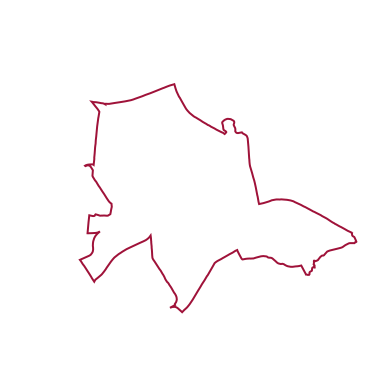 the district of Kota Jakarta Pusat, Jakarta Raya, Indonesia, rotated 246°
{"feature_id": "22746128B21128962092426", "entity_name": "Kota Jakarta Pusat", "entity_type": "district", "adm_level": 2, "iso_a3": "IDN", "parent_name": "Indonesia", "parent_adm1": "Jakarta Raya", "projection": "mercator", "projection_center": [106.829, -6.182], "detail": "fine", "context": "isolated", "style": "outline", "palette": "rose", "viewbox_px": 384, "rotation_deg": 246, "n_neighbors": 0, "source": "geoboundaries", "source_scale": "gbopen_adm2", "svg_char_len": 5929}
<svg xmlns="http://www.w3.org/2000/svg" viewBox="0 0 384 384"><g transform="rotate(246 192 192)"><path d="M70.3,262.5L70.0,263.1L69.2,264.0L68.7,265.2L69.0,265.8L69.4,266.1L70.2,266.3L70.6,266.6L70.9,266.9L71.1,267.5L71.2,268.1L71.2,269.2L71.5,269.6L71.9,269.9L72.2,270.0L72.6,270.2L73.7,271.0L73.9,271.3L74.0,272.6L73.8,272.7L73.2,273.1L73.1,273.3L73.4,273.5L73.8,273.3L74.2,273.3L74.6,273.4L74.7,273.7L74.8,274.0L75.2,274.1L75.9,273.9L76.4,273.7L77.5,274.5L77.9,274.7L79.2,275.2L79.6,275.5L79.5,275.8L79.3,276.1L78.7,276.3L78.6,276.5L78.6,276.8L78.5,278.5L78.6,279.4L79.0,280.0L80.5,282.9L80.8,284.0L81.0,285.0L80.9,285.3L80.7,285.7L80.5,286.3L80.6,287.0L81.0,287.7L82.4,290.8L82.6,291.2L82.6,292.0L82.5,294.0L81.1,301.7L80.5,305.3L80.4,307.0L81.1,310.5L81.3,314.4L81.1,315.3L79.2,319.6L79.3,319.9L79.7,320.5L79.5,321.4L79.7,321.9L81.2,322.0L83.0,322.0L84.4,322.0L84.9,321.9L86.4,320.9L86.7,320.8L87.0,320.7L87.6,320.8L88.9,321.2L89.2,321.4L89.3,321.2L89.8,321.1L90.1,321.2L91.0,320.4L93.3,318.4L96.2,316.3L99.5,313.8L100.4,313.0L101.7,312.0L103.8,310.5L104.4,309.9L105.6,309.2L106.7,308.3L107.7,307.6L109.1,306.7L112.5,304.6L114.0,303.5L115.0,302.7L117.2,301.0L118.5,300.2L123.0,296.5L123.8,295.9L125.2,294.6L126.2,293.9L132.3,289.2L133.5,288.1L134.3,287.5L135.9,286.3L141.0,281.8L141.7,281.3L142.4,280.7L144.2,278.6L145.9,276.1L146.5,275.1L149.0,270.5L149.4,269.2L150.7,266.5L151.1,265.2L151.8,262.3L152.0,261.4L152.0,260.1L152.1,258.2L152.8,252.7L153.7,248.4L156.0,248.8L161.1,250.1L162.4,250.3L170.5,252.2L174.9,253.1L177.1,253.5L180.5,253.9L184.8,254.6L191.8,255.5L193.5,255.9L195.1,256.4L197.4,257.2L197.5,257.3L199.7,258.0L210.5,262.0L218.1,264.6L218.6,264.7L219.4,264.8L220.0,264.8L221.0,264.8L221.7,264.5L222.4,264.1L223.6,263.2L223.9,263.0L224.8,262.3L225.9,261.8L226.2,261.8L226.3,261.5L226.5,260.6L227.1,258.0L227.6,257.1L228.1,256.7L228.6,256.4L229.7,256.2L230.0,256.3L231.4,257.0L232.6,257.4L233.3,257.4L235.9,257.3L236.6,257.5L238.0,258.7L238.9,259.1L239.6,259.1L240.1,259.0L242.8,257.0L244.1,254.8L244.5,253.9L244.6,252.0L244.5,250.9L244.2,249.8L243.7,248.5L243.4,248.0L242.9,247.7L242.5,247.6L240.7,247.4L239.8,247.2L236.9,246.3L236.3,246.2L235.6,246.3L233.9,247.4L233.2,247.7L232.8,247.7L232.6,247.5L232.3,246.9L231.7,245.4L233.1,244.6L233.5,244.4L234.5,243.4L239.0,239.7L240.9,238.4L242.0,237.5L244.1,235.8L244.7,235.5L246.2,234.4L246.7,233.8L248.6,232.6L249.5,231.9L251.3,230.6L251.7,230.3L254.0,228.9L257.3,226.6L258.1,226.1L259.7,224.8L261.1,224.0L265.1,222.0L268.4,220.9L270.5,220.4L272.4,220.2L274.3,220.0L279.5,219.5L283.1,219.2L284.0,219.0L284.4,218.9L289.3,218.8L290.3,218.8L293.4,219.1L297.7,219.7L298.3,215.0L298.5,211.8L298.6,208.6L298.7,207.5L298.7,207.4L299.0,199.0L299.2,194.1L299.6,189.1L299.7,185.6L300.3,178.0L300.4,176.1L300.7,173.6L302.0,167.8L303.3,162.9L304.6,158.2L305.5,154.8L306.2,152.2L306.8,150.9L308.1,148.1L307.7,148.1L308.8,147.2L309.3,146.6L309.8,145.7L310.2,145.0L311.1,143.8L312.9,141.1L313.7,139.6L314.4,138.2L314.9,137.7L315.3,137.1L314.3,137.4L309.9,138.5L306.6,139.4L304.5,139.8L303.1,140.0L302.8,139.9L298.4,137.0L297.9,136.6L290.6,132.1L283.5,128.1L281.7,127.1L278.5,125.2L275.2,123.5L274.3,122.9L272.3,121.7L266.7,118.7L262.8,116.5L262.1,116.3L256.8,113.2L257.2,113.0L257.6,112.5L258.0,111.6L258.4,110.7L259.0,109.0L259.3,108.0L259.5,107.0L259.6,106.0L259.5,105.0L259.0,105.2L258.9,107.5L257.7,109.2L255.9,109.8L252.2,110.3L247.2,107.6L246.8,107.7L246.1,107.6L242.3,108.1L241.1,108.4L240.6,108.6L235.6,109.2L233.8,109.6L229.1,110.3L225.8,110.9L220.8,111.6L218.0,112.1L217.0,112.3L215.2,113.0L214.7,113.3L214.1,113.7L211.1,112.7L208.4,110.7L207.0,109.8L205.0,108.4L204.9,107.9L204.6,105.5L205.0,104.5L206.2,102.3L207.8,98.3L209.2,96.8L210.6,95.1L210.8,94.8L210.5,94.2L209.9,93.4L209.9,92.9L210.0,92.5L210.3,91.7L212.5,88.7L206.7,85.3L196.8,79.8L196.6,80.2L195.0,84.1L193.8,87.3L193.4,88.9L193.3,89.6L193.4,91.8L192.4,88.6L191.3,86.2L190.1,84.5L189.4,83.7L187.1,81.7L185.5,80.7L183.1,79.5L181.7,79.1L179.7,78.3L177.9,77.1L177.0,76.0L176.0,74.2L175.8,73.7L175.6,72.1L175.6,62.0L174.0,62.4L170.4,62.9L168.5,63.4L166.1,63.8L164.8,64.0L161.5,64.5L160.4,64.7L155.5,65.4L154.1,65.5L149.8,66.2L150.8,67.5L151.2,68.2L151.9,70.9L153.2,75.4L153.5,76.2L155.1,79.3L156.6,81.9L157.5,83.2L161.4,89.7L162.7,92.2L163.7,94.4L164.9,99.0L165.1,99.8L165.4,101.9L165.8,104.1L166.4,109.0L166.5,112.6L166.7,123.5L166.7,127.6L166.8,130.1L167.2,132.2L167.6,133.5L168.1,134.8L169.1,136.5L166.4,135.7L164.0,134.8L163.3,134.6L162.1,134.1L160.0,133.4L159.0,133.1L157.3,132.4L155.4,131.8L152.7,130.8L150.9,130.1L150.4,129.9L148.0,129.1L147.1,129.0L145.4,129.2L144.0,129.5L137.0,130.6L135.0,130.9L132.9,131.4L129.1,131.8L128.2,132.0L125.8,132.2L122.9,132.2L120.3,132.6L119.6,132.8L119.1,133.1L117.9,133.4L116.6,133.5L113.3,134.1L107.2,134.7L106.2,135.0L104.2,135.2L103.8,135.2L102.3,135.1L101.2,134.8L99.8,134.3L98.4,133.2L97.8,132.6L96.7,130.8L96.3,130.6L95.9,130.6L95.6,130.6L95.2,124.8L94.9,127.5L94.5,128.5L94.0,129.7L93.7,130.1L92.9,130.9L91.9,131.6L87.2,133.7L86.2,134.1L87.4,137.0L88.0,138.9L88.6,140.6L89.7,142.8L90.5,144.3L93.4,148.9L99.6,157.7L101.7,160.8L103.8,163.7L106.3,167.6L107.6,169.4L109.1,171.5L109.3,172.0L109.8,172.8L115.7,180.9L117.8,183.7L118.2,185.0L118.6,187.1L118.9,191.7L119.1,193.0L119.3,195.3L119.7,199.3L119.9,201.0L120.1,204.5L120.6,207.7L120.6,209.2L120.6,209.7L119.6,209.6L117.1,209.7L115.5,209.8L114.1,209.9L111.6,210.1L110.9,210.2L110.1,210.5L109.8,210.8L109.0,214.2L108.5,215.7L107.9,217.3L107.5,218.1L106.3,221.1L106.0,223.9L105.2,228.8L104.5,231.0L103.0,233.6L102.6,234.1L101.2,234.9L101.1,235.1L100.7,235.6L99.9,237.2L99.5,237.7L99.2,238.0L98.5,238.5L96.3,239.5L95.3,240.0L92.9,241.0L92.1,241.5L91.5,242.0L90.8,242.9L90.1,243.8L89.7,245.1L89.6,245.5L88.7,246.5L87.2,247.5L86.1,248.4L85.3,249.2L85.0,249.6L83.5,251.8L82.7,253.6L81.9,256.4L81.2,258.3L80.8,259.8L80.4,261.9L74.7,262.3L70.7,262.6L70.3,262.5Z" fill="none" stroke="#9f1239" stroke-width="2"/></g></svg>